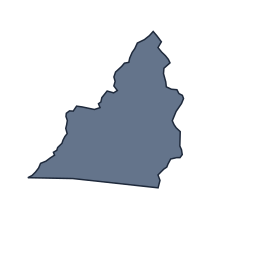 outline of Solidão, Pernambuco, Brazil, rotated 122°
{"feature_id": "56859067B13785491048510", "entity_name": "Solidão", "entity_type": "district", "adm_level": 2, "iso_a3": "BRA", "parent_name": "Brazil", "parent_adm1": "Pernambuco", "projection": "orthographic", "projection_center": [-37.665, -7.581], "detail": "fine", "context": "isolated", "style": "filled", "palette": "slate", "viewbox_px": 256, "rotation_deg": 122, "n_neighbors": 0, "source": "geoboundaries", "source_scale": "gbopen_adm2", "svg_char_len": 1101}
<svg xmlns="http://www.w3.org/2000/svg" viewBox="0 0 256 256"><g transform="rotate(122 128 128)"><path d="M43.9,145.2L37.2,145.4L34.5,152.4L32.8,157.8L38.4,158.8L44.5,161.0L51.0,165.1L57.0,164.3L61.8,164.5L67.8,163.6L71.9,162.1L74.9,165.4L79.1,166.0L87.1,168.2L92.2,167.0L95.3,163.6L99.8,162.3L101.9,156.9L105.8,158.8L107.7,165.3L116.1,166.3L120.3,164.8L123.1,165.9L125.5,162.5L130.1,166.3L134.4,178.0L136.7,183.2L142.7,183.4L144.5,186.7L148.2,188.1L151.1,186.7L153.8,183.4L157.9,181.7L161.3,180.6L165.0,176.6L168.6,177.0L172.5,176.7L176.0,175.9L181.8,177.3L184.7,176.6L188.1,178.4L190.0,175.9L194.4,178.0L199.6,180.0L204.3,183.4L209.3,182.6L214.4,183.1L219.1,184.2L223.2,186.6L200.1,148.0L162.8,70.8L155.5,73.1L151.9,77.7L144.0,75.9L140.6,74.4L137.4,75.0L131.7,75.4L127.3,71.0L125.6,68.2L121.8,67.9L118.1,71.1L115.8,74.5L103.4,81.8L102.3,87.3L100.8,90.7L98.4,94.3L88.5,96.0L78.9,95.6L73.6,96.5L71.5,99.2L71.8,103.1L69.6,106.8L72.1,111.7L72.8,117.3L68.9,120.4L63.1,126.7L58.3,129.2L50.5,126.9L48.4,130.2L46.9,134.5L45.8,139.7L43.9,145.2Z" fill="#64748b" stroke="#1e293b" stroke-width="1.5"/></g></svg>